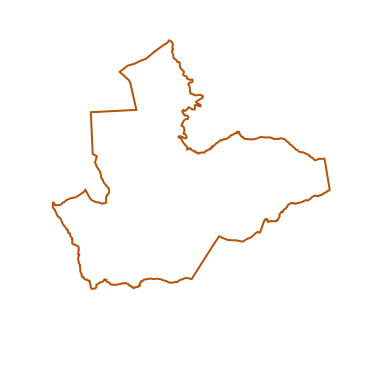 Kitwe, Copperbelt, Zambia, rotated 24°
{"feature_id": "96606910B1018737914833", "entity_name": "Kitwe", "entity_type": "district", "adm_level": 2, "iso_a3": "ZMB", "parent_name": "Zambia", "parent_adm1": "Copperbelt", "projection": "mercator", "projection_center": [28.274, -12.828], "detail": "fine", "context": "isolated", "style": "outline", "palette": "amber", "viewbox_px": 384, "rotation_deg": 24, "n_neighbors": 0, "source": "geoboundaries", "source_scale": "gbopen_adm2", "svg_char_len": 6055}
<svg xmlns="http://www.w3.org/2000/svg" viewBox="0 0 384 384"><g transform="rotate(24 192 192)"><path d="M69.4,257.3L69.5,259.1L70.2,260.1L70.7,262.0L71.4,262.9L73.8,264.0L79.0,268.7L79.6,268.7L82.9,269.9L86.8,273.7L92.5,276.8L93.6,277.0L93.6,277.6L94.8,278.0L95.3,279.6L97.6,279.6L98.3,281.1L99.1,281.9L101.0,282.7L101.4,283.9L102.1,284.1L102.7,285.2L102.5,285.7L103.1,286.7L103.2,287.4L104.8,288.1L106.3,287.5L107.6,288.1L109.4,287.7L111.0,288.7L111.3,289.6L111.8,290.0L111.8,291.1L112.4,291.7L113.2,295.1L113.8,295.3L114.4,295.1L114.7,295.6L114.4,296.3L115.1,299.5L117.8,303.1L119.4,304.4L120.4,306.5L121.2,307.4L121.9,309.5L123.4,311.0L124.3,311.5L125.3,313.5L126.4,314.3L127.0,314.4L127.5,314.0L128.5,314.9L129.8,315.4L131.9,314.9L133.3,315.2L133.8,314.8L134.1,314.8L134.5,315.4L135.1,315.3L135.9,317.1L137.7,318.9L138.0,320.1L139.8,321.3L141.2,320.6L143.0,319.2L143.3,317.4L142.4,316.0L142.5,315.4L144.0,313.6L144.6,312.0L147.0,310.1L147.5,309.1L147.5,307.5L148.3,307.2L149.4,307.1L149.5,307.9L150.3,308.5L151.8,308.7L152.6,308.3L154.3,308.7L154.8,309.5L155.4,309.5L158.2,308.5L158.9,308.6L159.9,307.7L161.1,307.3L161.5,306.7L163.5,305.7L165.3,303.8L166.5,303.7L167.9,302.3L171.3,302.0L171.7,302.5L172.8,302.6L173.0,302.9L174.0,302.6L174.7,303.1L176.5,302.9L176.8,303.5L177.8,303.6L178.5,302.5L179.4,302.0L179.8,301.4L180.5,301.1L180.6,300.7L181.4,300.5L181.6,299.8L182.4,299.2L182.5,298.3L181.6,297.6L181.5,297.2L182.0,295.1L181.8,294.2L182.9,293.8L183.4,292.8L183.4,291.9L185.3,290.7L186.8,289.3L187.7,289.0L188.2,288.5L189.4,288.1L190.0,287.6L192.2,287.3L195.1,285.5L198.9,284.4L201.7,284.4L203.8,283.9L207.5,284.0L209.7,283.5L211.4,282.6L212.7,281.4L215.3,280.1L216.3,277.9L217.6,276.4L218.4,276.1L220.6,273.5L223.2,272.4L227.1,271.7L232.7,233.8L234.8,221.5L244.2,221.3L253.1,217.9L257.7,217.0L258.9,216.2L261.2,212.7L264.4,209.4L266.9,203.8L268.2,201.7L270.4,201.7L270.6,200.0L269.8,191.4L269.8,188.1L270.2,186.8L271.4,186.4L271.4,187.5L272.7,187.2L273.7,188.4L274.2,188.1L274.2,187.5L275.5,187.0L275.8,186.4L276.6,186.5L277.5,185.7L279.3,185.3L280.0,184.6L280.8,184.6L281.1,183.6L281.6,183.2L281.2,182.4L281.8,181.7L282.0,178.6L281.3,177.7L281.1,176.8L281.6,173.8L281.9,173.5L283.0,173.7L283.1,173.4L282.9,171.3L284.5,168.7L284.5,167.8L285.0,167.3L284.8,165.2L286.5,162.4L287.8,161.2L288.6,161.3L289.8,161.0L289.9,160.7L291.0,160.8L291.9,159.8L292.9,159.7L293.3,158.9L294.1,158.5L297.2,155.8L297.5,155.1L298.5,154.1L299.1,153.2L301.2,152.8L303.2,149.5L303.9,147.3L305.0,146.4L305.4,145.6L306.1,145.2L308.8,144.6L309.9,143.5L310.2,142.7L312.1,141.6L312.3,140.3L315.0,137.1L315.5,135.8L316.3,135.2L316.9,134.0L301.8,111.1L299.3,107.7L295.9,109.5L294.7,109.8L294.2,110.6L292.8,111.6L292.6,112.3L291.5,112.9L289.9,112.7L288.5,111.8L286.2,111.8L285.5,111.3L284.3,111.2L282.9,110.6L280.3,110.8L279.8,110.5L277.4,110.5L276.2,111.2L272.9,111.6L271.2,110.8L269.8,111.0L264.8,109.1L262.9,108.6L262.0,108.7L260.4,107.5L258.4,107.4L256.6,106.5L255.3,106.2L253.5,106.3L251.3,106.7L249.3,108.4L248.1,108.8L246.0,110.2L241.9,110.2L241.4,110.6L240.5,110.6L237.1,112.2L232.5,113.8L230.7,115.3L229.8,116.5L225.9,119.4L218.4,122.1L218.0,121.7L216.9,121.7L216.4,121.3L215.7,121.5L215.4,121.1L213.8,120.9L211.2,119.1L211.1,118.5L210.5,118.0L209.3,118.1L208.8,118.9L209.1,119.5L208.5,119.8L208.6,120.2L207.7,120.6L206.4,122.6L204.2,124.8L204.2,126.1L202.9,127.7L202.9,128.2L201.0,130.2L199.2,131.1L198.6,132.2L197.7,133.1L197.0,132.9L196.6,133.5L196.2,134.9L194.1,138.1L193.8,139.5L192.8,141.1L192.7,142.0L191.9,142.0L191.6,142.4L192.1,144.1L191.7,144.2L191.4,144.8L191.0,144.6L190.8,144.8L190.7,145.7L189.4,147.3L188.9,147.6L188.6,148.5L187.3,149.8L187.4,150.7L187.0,151.1L184.5,152.1L184.3,152.6L183.1,152.9L182.8,153.3L182.8,153.7L182.1,153.7L181.4,154.5L180.1,153.9L179.3,154.1L178.9,153.8L178.7,154.1L178.4,153.8L178.0,154.0L177.8,153.7L177.2,153.9L174.4,153.7L173.5,153.5L173.1,152.8L172.6,152.9L172.0,153.1L171.8,153.9L170.9,154.2L170.2,155.0L169.7,153.2L163.2,150.1L162.7,149.4L161.6,149.0L161.0,148.1L159.8,147.1L158.4,147.7L157.3,147.2L157.5,146.3L159.2,145.7L160.7,145.6L162.6,146.0L164.2,145.6L165.0,144.9L164.9,144.6L164.3,143.5L162.4,142.0L160.6,142.2L160.0,138.8L158.6,136.6L157.1,135.8L155.4,135.7L155.2,135.3L155.5,130.1L156.6,128.0L158.4,126.9L158.5,125.7L158.3,125.2L157.4,124.5L156.6,124.3L154.9,124.9L153.7,124.9L153.2,124.2L152.6,124.2L152.4,123.8L150.8,122.9L150.3,122.3L150.7,121.8L150.7,120.5L151.4,120.5L152.0,121.0L152.9,120.5L153.2,119.5L153.9,118.8L154.0,117.5L154.5,116.0L155.5,115.9L158.8,116.4L160.7,115.6L160.3,113.3L159.4,112.3L159.3,111.8L159.9,110.8L161.7,110.6L163.6,110.8L164.6,110.5L164.8,109.8L164.5,109.1L164.1,108.9L161.8,108.8L159.2,108.3L159.3,107.1L163.1,101.9L163.3,100.4L162.8,99.9L160.5,99.7L158.7,100.6L156.1,102.3L154.8,102.2L153.8,102.6L153.1,102.2L151.3,102.7L150.5,102.4L150.2,101.7L149.1,101.0L148.2,98.6L146.5,96.3L144.7,95.0L144.7,94.3L145.4,93.1L145.9,92.5L147.1,92.0L147.6,91.2L146.9,89.5L146.3,89.2L144.6,90.3L141.9,90.5L141.3,90.2L140.7,89.1L140.2,88.8L136.8,88.9L135.9,87.9L136.0,86.4L135.5,85.1L133.2,84.5L130.8,83.1L129.5,81.8L128.1,78.7L127.1,78.7L126.0,79.3L123.7,77.7L121.7,77.4L120.3,76.8L119.2,74.4L116.9,72.5L116.2,70.1L116.2,69.7L116.6,69.8L116.8,69.3L115.4,68.3L114.5,65.0L112.5,63.0L110.3,63.0L109.5,62.7L108.8,65.7L108.2,66.9L106.6,68.7L101.0,78.4L95.6,89.2L91.5,93.2L87.3,98.2L81.8,102.8L77.1,111.7L88.6,115.4L90.2,116.5L92.0,118.5L107.8,139.6L67.1,160.3L85.8,197.6L90.5,198.1L91.4,204.2L91.8,204.9L94.0,206.8L94.5,207.5L100.0,211.0L101.1,212.7L102.3,213.9L103.3,216.0L105.7,217.2L106.5,218.4L107.6,219.3L110.0,220.3L111.5,221.5L112.1,221.4L114.3,222.6L115.5,223.8L116.5,226.0L116.0,228.7L115.5,229.4L116.0,230.1L115.6,230.9L116.0,232.9L118.0,236.4L116.7,237.9L115.9,238.1L115.3,238.9L113.7,239.4L111.1,239.4L108.4,240.4L103.9,240.2L101.9,239.6L99.8,238.1L93.8,233.4L93.3,235.7L89.9,241.2L87.8,244.2L83.3,247.4L80.5,250.6L79.5,252.9L78.2,254.4L77.6,256.5L75.6,258.2L73.3,259.2L72.6,259.8L71.8,259.5L70.5,258.2L70.0,258.4L69.4,257.3Z" fill="none" stroke="#b45309" stroke-width="2"/></g></svg>